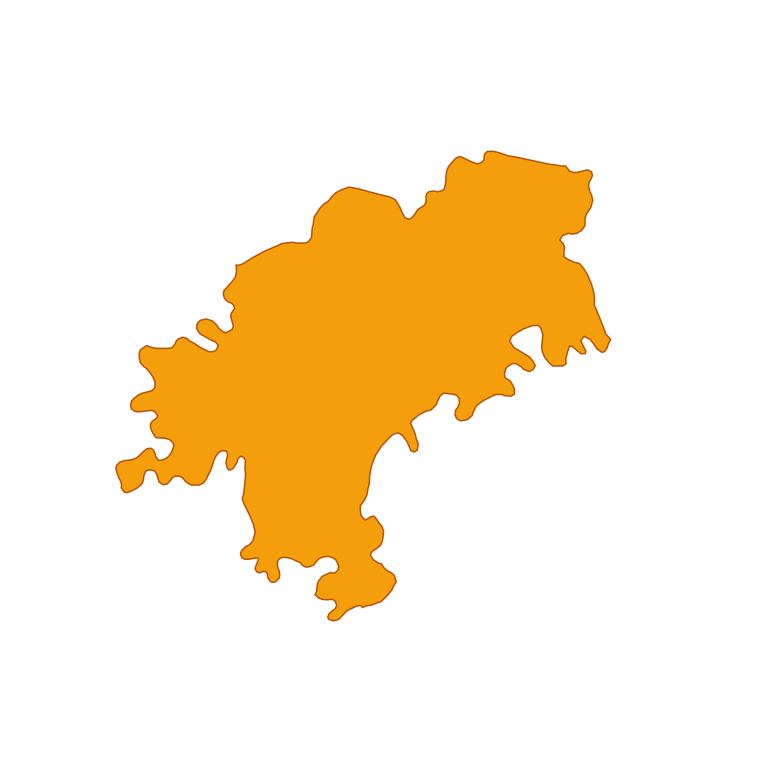 Uzda, Minsk, Belarus (Mercator projection), rotated 153°
{"feature_id": "67162791B57084664446232", "entity_name": "Uzda", "entity_type": "district", "adm_level": 2, "iso_a3": "BLR", "parent_name": "Belarus", "parent_adm1": "Minsk", "projection": "mercator", "projection_center": [27.363, 53.476], "detail": "fine", "context": "isolated", "style": "filled", "palette": "amber", "viewbox_px": 768, "rotation_deg": 153, "n_neighbors": 0, "source": "geoboundaries", "source_scale": "gbopen_adm2", "svg_char_len": 6171}
<svg xmlns="http://www.w3.org/2000/svg" viewBox="0 0 768 768"><g transform="rotate(153 384 384)"><path d="M161.8,321.0L163.7,327.7L162.6,335.9L161.0,354.9L160.8,359.3L158.0,363.7L155.5,370.2L153.8,378.8L153.1,389.1L153.6,396.1L155.1,402.6L160.1,407.0L163.9,412.1L165.8,415.8L163.6,420.2L161.0,423.9L160.6,427.4L162.1,432.6L157.3,435.3L151.2,434.4L147.7,431.8L143.7,430.7L138.2,431.1L133.2,433.7L131.2,437.2L130.1,439.9L126.4,443.6L119.6,447.3L114.6,453.0L113.3,458.1L113.3,461.6L111.7,467.9L109.4,470.8L105.8,473.2L103.4,475.4L102.8,478.8L105.4,482.4L116.3,485.0L119.8,486.9L122.0,489.6L123.1,494.8L123.1,495.7L127.4,497.9L132.1,501.6L136.6,504.5L163.2,526.1L169.3,530.6L177.8,539.0L181.2,541.9L186.5,544.3L189.5,543.4L191.2,541.6L193.2,538.3L196.1,537.3L198.5,537.3L201.4,538.0L203.5,540.6L206.1,543.3L208.0,546.0L211.1,550.1L213.1,552.1L215.5,552.6L218.4,552.3L227.4,548.7L230.0,546.7L232.2,544.3L234.1,541.5L236.3,537.6L238.8,533.8L240.9,531.5L242.6,530.0L246.1,530.2L249.2,531.1L252.7,533.7L256.7,534.9L259.5,534.2L261.7,531.7L262.5,529.7L264.6,526.4L267.6,524.8L273.8,524.2L276.5,523.2L279.1,521.4L284.1,519.4L287.0,519.6L289.7,522.4L290.1,529.5L289.6,532.9L289.8,538.9L290.4,543.3L293.4,547.4L297.4,551.0L308.4,560.6L317.0,568.5L325.9,575.4L335.1,576.5L340.7,576.1L345.7,574.5L350.0,572.4L356.1,571.5L360.4,570.2L370.5,564.4L374.3,558.8L377.7,554.8L380.0,550.7L382.4,547.2L387.2,545.0L391.0,545.7L398.0,549.4L401.8,552.1L410.3,555.3L430.2,556.6L443.7,556.2L455.8,555.1L461.2,556.3L461.6,557.1L464.7,550.6L468.2,546.6L472.7,544.3L484.4,539.7L486.3,537.2L487.1,533.6L486.9,530.6L485.5,527.7L483.0,525.1L482.2,521.6L483.0,519.2L488.4,516.0L490.1,513.3L491.1,507.8L492.0,503.8L494.7,501.4L501.8,501.5L504.1,504.4L505.8,508.5L506.5,513.2L508.5,518.4L512.8,522.6L518.6,524.1L521.4,523.5L524.1,521.5L525.8,518.0L525.5,513.7L524.2,510.7L520.3,505.0L518.3,501.7L515.1,498.1L514.1,493.6L517.9,490.6L520.6,490.2L525.1,491.9L530.5,499.1L532.6,502.7L534.4,506.1L537.6,510.4L538.9,514.0L542.3,517.2L547.2,517.5L549.5,516.7L552.1,514.4L556.8,512.5L561.0,514.1L570.6,519.1L574.0,521.6L578.0,526.0L585.4,525.1L588.3,522.4L590.2,518.4L591.5,513.4L590.4,509.4L588.6,505.6L587.3,500.0L586.7,494.5L587.1,489.9L589.6,485.1L593.6,483.4L600.1,484.7L604.0,485.7L607.8,485.7L613.5,484.7L616.4,483.6L619.3,480.5L620.4,476.5L618.5,472.9L615.8,470.8L602.6,465.8L600.6,462.7L600.1,458.6L602.0,456.8L607.2,456.1L610.3,454.3L611.9,451.0L612.2,447.7L612.2,444.1L611.6,439.9L609.3,438.3L605.7,436.3L602.9,434.4L599.9,431.3L598.8,427.8L599.1,424.5L604.5,419.5L608.9,417.2L611.6,416.8L613.3,416.8L616.9,417.2L619.6,418.3L620.3,423.3L619.5,426.5L619.5,430.4L621.1,432.8L625.0,433.9L629.5,432.9L634.2,431.3L638.1,430.5L643.3,431.0L650.2,433.6L654.6,434.3L658.6,433.2L661.0,430.9L662.4,425.4L662.9,420.7L662.8,416.7L663.7,413.1L665.2,410.8L664.5,405.5L662.0,403.7L656.6,403.3L651.5,403.4L646.8,404.4L644.4,405.3L641.5,408.3L640.5,410.1L638.5,412.3L635.8,414.7L631.5,413.8L627.7,410.4L627.5,406.5L629.0,399.0L626.8,394.7L622.7,393.4L617.9,395.0L615.2,396.5L612.1,396.7L608.4,395.0L606.2,392.2L605.1,387.4L603.3,383.6L601.0,381.1L594.4,377.8L589.7,377.8L584.9,380.3L582.9,382.1L578.2,385.3L574.2,389.1L570.3,393.1L566.7,395.9L562.5,397.9L558.8,398.2L554.9,395.9L555.0,392.9L558.0,388.7L560.5,385.9L561.8,380.4L561.3,377.7L558.6,377.0L556.4,377.4L550.3,381.1L548.4,383.2L546.6,384.3L543.9,384.5L542.4,382.3L542.1,379.2L543.9,375.7L545.8,372.8L548.4,366.3L553.4,358.3L558.6,350.2L562.4,346.2L563.2,340.4L563.2,333.1L563.6,323.2L564.1,318.4L566.1,310.2L572.2,303.7L577.2,301.9L581.0,301.9L586.5,300.2L589.0,297.9L589.6,293.9L587.5,291.0L583.7,289.1L580.6,288.2L575.6,286.4L575.4,284.7L582.1,278.8L582.7,277.8L582.7,274.8L581.2,272.5L578.9,271.9L576.4,271.7L574.7,270.7L574.1,267.9L575.4,264.2L575.2,261.2L574.7,259.3L573.1,257.7L570.5,257.0L565.7,258.5L563.8,260.8L562.6,263.7L562.2,265.4L562.0,268.3L561.1,271.1L560.3,273.0L558.2,275.1L555.7,275.9L553.2,275.7L549.0,273.2L544.8,269.4L542.3,265.8L539.8,263.1L538.7,258.9L536.6,256.2L533.1,254.9L528.7,254.7L523.8,257.0L520.7,257.9L516.7,257.5L512.1,255.8L508.8,252.9L506.7,248.9L507.1,242.0L509.8,239.0L513.4,238.0L515.5,238.6L516.9,240.3L524.5,240.7L526.8,240.5L531.2,238.4L533.7,236.7L538.1,230.0L540.8,227.5L541.1,227.5L539.1,222.7L536.8,220.2L532.9,217.7L527.8,215.6L526.1,212.6L526.6,208.3L529.5,205.9L534.5,205.1L537.5,204.1L540.0,201.8L540.0,199.5L537.0,196.1L531.4,194.8L519.9,198.8L509.0,198.6L505.4,197.2L504.6,194.6L500.7,194.4L496.1,192.8L485.3,191.5L478.5,193.5L470.7,196.8L467.0,199.7L462.8,202.3L461.7,208.7L463.0,212.2L465.9,216.2L467.7,221.0L467.9,224.8L470.5,227.2L473.4,232.5L473.8,237.1L472.5,239.3L469.0,240.4L464.4,240.9L461.0,241.7L456.9,244.6L453.6,249.0L451.1,253.4L450.5,257.6L451.6,263.1L452.0,266.9L452.9,270.8L455.8,271.7L461.0,271.3L462.6,271.5L463.9,275.5L463.9,278.1L462.2,282.9L460.4,286.2L453.6,289.8L449.6,292.9L446.1,297.7L442.3,301.9L438.6,308.5L433.3,315.6L429.8,319.1L423.8,324.4L414.6,329.7L406.6,332.7L400.2,334.7L397.4,334.9L393.4,333.8L391.0,330.1L389.7,322.8L389.9,317.5L390.3,312.5L387.9,309.6L384.4,310.0L380.6,315.3L380.2,320.0L378.6,327.2L378.2,336.9L375.6,338.7L366.8,340.7L359.0,340.7L354.0,339.6L346.7,341.8L344.5,344.0L339.7,347.7L335.7,348.8L333.3,347.7L328.4,344.4L324.4,341.1L323.6,336.9L325.8,332.3L328.9,329.7L332.2,328.1L334.8,324.1L335.0,320.2L332.8,316.7L328.6,314.9L324.2,314.7L320.0,315.8L316.3,319.3L311.9,322.4L307.3,323.5L302.9,324.1L294.3,324.1L289.2,323.9L283.7,321.1L281.0,318.2L276.4,315.6L272.5,315.6L270.0,320.4L269.8,324.8L270.2,329.7L273.3,334.7L272.2,338.0L268.7,342.2L266.5,343.3L260.6,344.0L257.2,342.2L253.7,336.7L253.1,333.8L248.9,329.2L244.7,329.0L240.9,331.6L240.9,336.7L242.3,342.4L251.7,357.6L252.6,365.1L248.7,368.4L241.6,369.5L235.0,369.8L225.5,368.7L220.0,366.2L218.9,362.7L220.0,355.9L226.8,345.3L228.2,340.9L228.8,334.9L227.3,328.1L225.3,323.3L216.5,318.9L212.7,319.3L211.0,323.3L205.9,329.2L201.7,333.4L199.3,332.3L197.3,327.2L194.7,321.5L190.9,319.7L189.2,321.7L189.2,329.0L188.9,333.4L184.1,335.6L180.1,330.3L179.0,324.6L178.2,318.4L175.5,313.3L172.9,312.7L168.9,314.9L166.0,317.8L163.0,320.0L161.8,321.0Z" fill="#f59e0b" stroke="#b45309" stroke-width="1.5"/></g></svg>